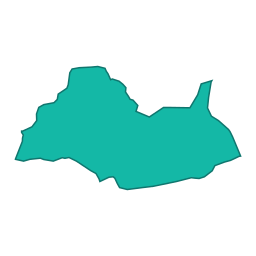 Al Fasher, North Darfur, Sudan (Robinson projection)
{"feature_id": "16777658B96521919713520", "entity_name": "Al Fasher", "entity_type": "district", "adm_level": 2, "iso_a3": "SDN", "parent_name": "Sudan", "parent_adm1": "North Darfur", "projection": "robinson", "projection_center": [25.322, 13.818], "detail": "fine", "context": "isolated", "style": "filled", "palette": "teal", "viewbox_px": 256, "rotation_deg": 0, "n_neighbors": 0, "source": "geoboundaries", "source_scale": "gbopen_adm2", "svg_char_len": 1171}
<svg xmlns="http://www.w3.org/2000/svg" viewBox="0 0 256 256"><path d="M240.6,156.1L232.6,136.9L230.0,131.6L228.5,129.5L218.6,120.7L211.4,116.2L207.5,108.0L208.6,97.3L211.1,82.0L211.8,80.7L201.2,83.9L197.7,94.8L189.9,107.8L170.4,107.5L163.5,107.5L149.3,117.0L136.0,111.4L137.8,105.5L133.0,100.1L130.1,99.3L128.4,96.3L125.5,92.0L125.9,87.7L122.9,84.3L119.1,81.2L112.3,79.0L110.6,79.7L108.0,73.8L106.3,71.3L105.0,68.3L104.6,68.2L97.8,66.5L91.3,67.1L79.3,67.7L72.1,69.0L69.8,72.8L68.2,84.8L66.9,88.2L64.3,90.0L58.2,94.1L57.3,99.4L54.0,102.7L43.8,104.6L38.8,107.4L36.5,114.0L36.7,120.6L32.0,126.8L22.7,131.1L21.6,131.1L21.6,132.4L23.3,135.0L22.5,138.1L22.4,141.1L22.4,141.3L15.4,159.2L15.4,159.3L23.6,161.1L29.9,159.3L40.4,158.2L43.7,159.5L53.3,161.1L62.2,157.7L64.9,158.3L69.0,157.5L76.4,161.1L90.7,170.6L96.0,173.5L99.0,178.8L99.9,181.5L109.0,177.2L113.2,176.8L114.9,178.3L117.4,183.7L119.6,187.6L127.3,189.5L141.4,187.7L142.1,187.6L150.6,186.6L151.3,186.5L152.7,186.4L176.5,181.5L191.3,177.7L194.5,178.1L199.1,178.5L204.4,176.8L212.2,170.8L214.9,165.6L224.3,162.1L230.5,160.4L234.8,158.4L238.9,156.4L240.6,156.1Z" fill="#14b8a6" stroke="#0f766e" stroke-width="1.5"/></svg>